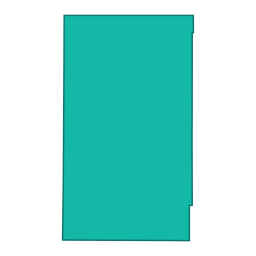 Lyon, Kansas, United States of America (Natural Earth projection)
{"feature_id": "52423323B39562727260187", "entity_name": "Lyon", "entity_type": "district", "adm_level": 2, "iso_a3": "USA", "parent_name": "United States of America", "parent_adm1": "Kansas", "projection": "natural_earth1", "projection_center": [-96.128, 38.455], "detail": "fine", "context": "isolated", "style": "filled", "palette": "teal", "viewbox_px": 256, "rotation_deg": 0, "n_neighbors": 0, "source": "geoboundaries", "source_scale": "gbopen_adm2", "svg_char_len": 300}
<svg xmlns="http://www.w3.org/2000/svg" viewBox="0 0 256 256"><path d="M63.8,101.6L63.3,182.2L62.6,240.0L189.4,240.6L189.4,205.4L192.2,205.4L192.0,136.3L192.1,119.0L192.2,32.7L193.4,32.7L193.3,15.4L116.9,15.4L64.2,15.4L64.0,67.0L63.8,101.6Z" fill="#14b8a6" stroke="#0f766e" stroke-width="1.5"/></svg>